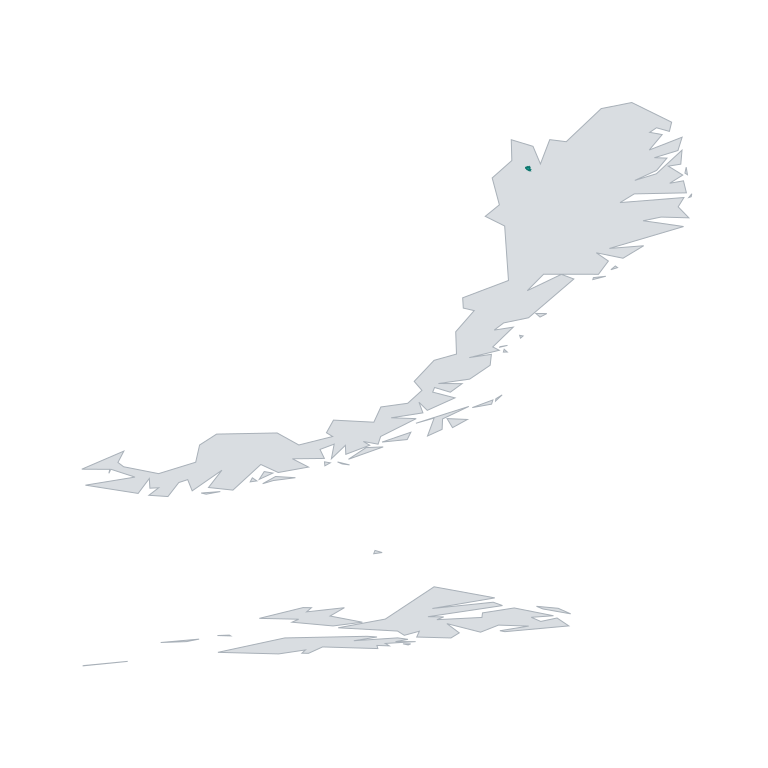 Rælingen nor, Akershus, Norway (highlighted), rotated 176°
{"feature_id": "86288312B33593652809253", "entity_name": "Rælingen nor", "entity_type": "district", "adm_level": 2, "iso_a3": "NOR", "parent_name": "Norway", "parent_adm1": "Akershus", "projection": "equal_earth", "projection_center": [11.038, 59.891], "detail": "fine", "context": "in_parent", "style": "filled", "palette": "teal", "viewbox_px": 768, "rotation_deg": 176, "n_neighbors": 0, "source": "geoboundaries", "source_scale": "gbopen_adm2", "svg_char_len": 4745}
<svg xmlns="http://www.w3.org/2000/svg" viewBox="0 0 768 768"><g transform="rotate(176 384 384)"><path d="M473.2,329.1L438.9,335.2L444.8,339.4L436.9,351.5L396.8,346.6L388.7,361.3L361.7,363.1L346.6,375.0L353.7,384.5L332.4,404.1L309.6,408.8L308.8,431.1L288.9,450.9L299.6,454.2L299.5,464.5L252.6,478.6L252.6,533.2L271.3,544.2L256.4,554.7L261.7,582.0L240.9,598.0L240.0,618.8L218.8,610.7L212.6,592.6L201.6,616.2L185.3,613.0L148.1,643.6L117.2,647.5L78.8,625.1L81.7,616.1L94.3,620.6L101.4,616.5L89.1,613.4L103.1,598.9L69.4,609.4L74.5,596.4L98.5,590.9L86.0,589.6L97.1,578.1L119.6,569.6L97.6,574.7L70.4,596.5L72.6,582.6L85.2,581.5L71.4,571.6L85.0,564.3L71.1,565.8L69.0,553.6L121.1,556.2L135.9,548.5L71.8,549.1L78.2,540.2L68.3,528.5L95.9,531.2L114.2,528.8L74.2,520.2L149.7,503.5L115.3,503.8L136.8,492.8L163.1,500.1L151.6,491.0L162.4,478.5L217.1,482.4L234.6,467.1L199.4,481.0L187.3,475.5L235.2,440.0L260.4,436.6L270.3,430.1L251.1,431.7L272.9,413.4L266.7,409.6L297.1,404.4L274.8,406.1L276.8,395.3L298.2,382.9L329.7,380.7L306.1,378.9L318.4,371.2L333.8,377.0L336.0,372.5L314.2,365.2L342.7,354.7L350.4,363.4L347.2,352.5L379.2,349.8L354.3,347.2L391.0,331.9L394.1,324.4L408.6,328.1L402.5,323.9L427.0,316.5L426.8,325.5L441.7,313.1L437.9,327.5L452.4,323.2L448.7,313.9L480.6,315.8L465.1,306.4L495.7,303.1L512.5,312.3L542.1,288.7L566.3,293.0L551.7,309.3L582.8,290.8L586.5,302.3L595.6,300.0L607.4,286.8L626.3,289.4L616.0,296.2L624.8,296.4L624.7,306.1L636.9,292.0L688.9,303.9L638.9,308.5L662.1,317.9L691.4,320.1L648.2,335.2L654.9,324.3L649.5,319.6L615.1,310.3L577.3,319.1L572.2,336.0L554.5,345.7L494.0,342.6L473.2,329.1ZM334.9,126.0L369.0,129.3L366.0,134.9L381.3,131.9L387.7,136.6L446.7,144.0L399.1,149.4L348.2,178.2L288.4,162.9L351.4,156.7L290.3,158.7L281.3,154.7L356.4,148.8L340.7,147.5L347.7,145.2L302.6,144.3L301.7,148.8L269.7,151.5L231.1,141.0L253.4,141.0L244.2,136.2L227.7,138.5L216.5,129.8L280.7,128.5L285.6,129.8L256.5,132.4L286.6,135.5L305.0,129.7L338.0,140.6L326.3,130.5L334.9,126.0ZM408.6,120.5L463.6,126.0L478.1,120.6L484.7,121.2L480.9,124.2L507.9,122.1L568.4,127.9L500.7,137.6L418.4,133.5L408.6,132.1L432.0,130.0L388.1,129.8L377.9,127.6L390.5,126.2L370.4,124.8L400.8,125.1L397.0,122.4L409.3,123.7L408.6,120.5ZM451.7,146.2L492.4,152.8L485.5,155.3L524.7,158.9L480.3,166.6L472.0,165.9L477.1,162.1L439.1,163.6L454.0,156.3L422.2,147.9L451.7,146.2ZM336.4,346.5L354.9,342.6L300.9,355.7L328.0,345.1L329.2,334.7L344.2,329.1L336.4,346.5ZM364.7,327.0L390.0,326.2L360.6,334.0L364.7,327.0ZM389.2,321.3L424.7,311.4L406.3,321.8L389.2,321.3ZM213.8,141.7L241.1,148.5L247.4,151.6L225.9,148.1L213.8,141.7ZM318.7,335.7L323.5,345.1L303.3,342.8L318.7,335.7ZM512.0,293.0L498.6,299.3L478.9,296.7L501.2,295.4L512.0,293.0ZM515.1,297.6L509.6,305.0L501.1,302.9L515.1,297.6ZM278.1,356.4L297.6,354.3L276.5,360.5L278.1,356.4ZM702.8,124.1L659.0,125.2L704.3,123.8L702.8,124.1ZM599.2,140.8L624.8,141.7L586.2,142.4L599.2,140.8ZM554.8,288.1L569.1,286.5L574.0,288.0L554.8,288.1ZM524.3,295.7L521.9,299.6L517.6,296.2L524.3,295.7ZM448.7,306.5L448.8,310.5L443.1,309.1L448.7,306.5ZM406.1,215.4L404.6,218.6L397.6,216.0L406.1,215.4ZM567.7,144.7L555.8,144.3L554.5,143.4L567.7,144.7ZM223.7,439.9L227.6,443.8L216.7,442.9L223.7,439.9ZM424.0,305.7L431.4,307.2L435.8,309.5L424.0,305.7ZM378.1,122.0L383.2,123.5L375.5,122.9L378.1,122.0ZM167.7,475.5L155.2,476.0L168.4,473.6L167.7,475.5ZM149.7,482.2L145.0,485.6L142.9,483.8L149.7,482.2ZM273.4,361.5L266.9,364.9L273.9,359.2L273.4,361.5ZM69.1,573.4L67.4,579.2L66.7,571.6L69.1,573.4ZM261.7,410.3L258.8,407.3L262.7,407.5L261.7,410.3ZM664.7,314.1L663.7,317.3L663.1,316.8L664.7,314.1ZM265.2,413.2L258.1,413.9L266.6,412.5L265.2,413.2ZM244.6,420.2L245.3,423.1L241.9,422.2L244.6,420.2ZM66.9,548.8L63.7,552.3L64.5,549.4L66.9,548.8Z" fill="#d9dde1" stroke="#a8b0b8" stroke-width="1"/><path d="M225.0,587.3L224.9,587.2L224.7,587.1L224.4,586.9L224.2,586.9L223.9,586.8L223.8,586.7L223.7,586.7L223.8,586.8L223.7,586.8L223.6,587.0L223.4,587.2L223.5,587.2L223.4,587.2L223.4,587.3L223.5,587.3L223.8,587.3L223.7,587.3L223.8,587.3L223.7,587.4L223.8,587.4L223.9,587.5L223.8,587.8L223.8,588.0L223.9,588.3L223.8,588.2L223.7,588.3L223.7,588.5L223.6,588.8L223.6,589.0L223.6,589.3L223.4,589.4L223.4,589.5L223.5,589.5L223.5,589.8L223.8,590.1L223.7,590.2L223.7,590.3L223.8,590.3L223.9,590.5L224.0,590.4L224.1,590.5L224.3,590.4L224.5,590.4L224.7,590.5L224.8,590.5L225.0,590.5L225.0,590.4L225.1,590.5L225.3,590.7L225.5,590.6L225.8,590.6L225.9,590.4L225.7,590.2L225.8,590.2L226.0,590.1L226.3,590.1L226.5,590.2L226.6,590.3L226.8,590.3L226.8,590.2L227.5,589.9L227.5,589.7L227.3,589.5L227.3,589.4L227.2,589.4L226.9,589.2L226.7,588.7L226.5,588.3L226.4,588.2L226.3,588.3L226.2,588.3L225.6,587.9L225.4,587.6L225.1,587.4L225.0,587.3Z" fill="#14b8a6" stroke="#0f766e" stroke-width="1.5"/></g></svg>